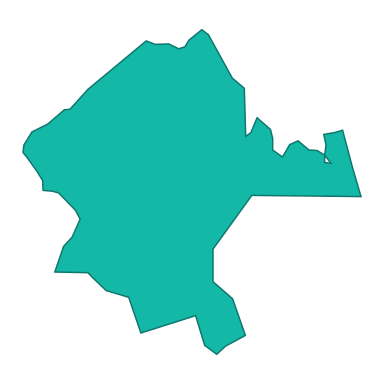 Silveira Martins, Rio Grande do Sul, Brazil
{"feature_id": "56859067B90684359487697", "entity_name": "Silveira Martins", "entity_type": "district", "adm_level": 2, "iso_a3": "BRA", "parent_name": "Brazil", "parent_adm1": "Rio Grande do Sul", "projection": "equal_earth", "projection_center": [-53.557, -29.638], "detail": "fine", "context": "isolated", "style": "filled", "palette": "teal", "viewbox_px": 384, "rotation_deg": 0, "n_neighbors": 0, "source": "geoboundaries", "source_scale": "gbopen_adm2", "svg_char_len": 894}
<svg xmlns="http://www.w3.org/2000/svg" viewBox="0 0 384 384"><path d="M324.7,155.2L317.1,150.5L308.9,150.0L298.1,140.8L289.7,144.6L282.5,157.0L272.7,150.0L272.7,138.4L270.5,129.5L257.1,117.8L250.9,132.6L245.7,136.4L244.3,88.3L232.3,78.1L208.4,34.7L201.8,29.7L188.9,40.2L184.9,46.8L178.8,48.8L168.6,43.9L155.2,44.4L146.2,40.9L88.1,89.2L69.9,109.3L64.3,109.8L47.8,124.0L32.0,131.9L23.9,145.0L23.0,152.5L27.4,157.9L37.0,171.4L42.6,180.5L43.1,190.4L52.4,191.2L58.6,192.9L75.5,210.3L80.1,219.2L72.2,237.0L63.6,246.4L54.8,272.0L87.9,272.7L93.2,278.2L106.2,290.6L128.7,297.3L140.9,333.0L195.6,315.6L204.7,345.4L216.7,354.3L225.6,346.1L245.4,335.4L232.6,298.8L213.0,281.7L213.0,249.1L251.8,195.4L329.0,196.2L361.0,196.6L352.2,166.4L342.6,130.2L334.5,132.6L323.8,134.4L326.0,145.0L324.7,155.2ZM324.7,155.2L331.0,163.4L324.6,162.4L324.7,155.2Z" fill="#14b8a6" stroke="#0f766e" stroke-width="1.5"/></svg>